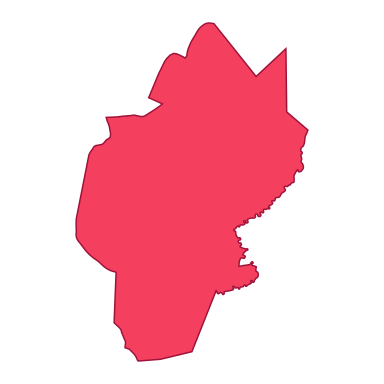 Fraternidad, Ocotepeque, Honduras
{"feature_id": "27666195B9362157023488", "entity_name": "Fraternidad", "entity_type": "district", "adm_level": 2, "iso_a3": "HND", "parent_name": "Honduras", "parent_adm1": "Ocotepeque", "projection": "robinson", "projection_center": [-89.047, 14.583], "detail": "fine", "context": "isolated", "style": "filled", "palette": "rose", "viewbox_px": 384, "rotation_deg": 0, "n_neighbors": 0, "source": "geoboundaries", "source_scale": "gbopen_adm2", "svg_char_len": 6079}
<svg xmlns="http://www.w3.org/2000/svg" viewBox="0 0 384 384"><path d="M121.5,332.2L125.6,342.0L125.0,347.7L129.3,349.2L132.0,351.9L134.3,354.3L135.9,356.6L137.7,360.6L138.6,361.0L160.3,359.3L191.9,351.7L216.1,290.7L216.7,291.5L217.3,293.0L217.9,293.6L218.3,293.7L218.8,293.6L219.2,293.4L219.9,292.7L220.4,292.5L220.9,292.5L221.5,292.7L221.8,293.0L222.1,293.4L222.4,294.0L222.7,294.3L223.0,294.5L223.4,294.5L223.8,294.2L224.1,293.9L224.2,293.4L224.1,292.7L224.1,292.3L224.3,291.9L224.6,291.6L229.7,290.7L231.8,290.2L233.1,289.7L233.4,289.3L233.5,288.7L233.3,288.3L232.8,287.7L232.7,287.2L232.9,286.6L233.3,286.3L233.7,286.3L234.2,286.5L234.4,286.8L234.8,287.6L235.5,288.0L236.2,288.0L237.2,287.5L237.8,287.6L238.2,287.9L238.6,288.8L239.1,289.1L239.4,289.0L239.7,288.7L240.0,287.7L240.4,287.2L241.2,286.9L242.4,286.9L243.2,286.6L243.6,286.2L244.1,285.2L244.5,284.9L244.9,284.9L245.2,285.1L245.4,285.4L245.5,285.9L245.7,286.2L246.1,286.3L246.5,286.2L247.0,285.8L247.8,285.1L248.5,284.5L249.4,284.1L250.5,283.7L251.1,283.3L251.2,282.9L251.2,282.6L250.8,281.9L250.7,281.4L250.8,280.9L251.2,280.6L251.6,280.5L252.1,280.7L252.3,281.1L252.5,281.8L252.8,282.2L253.2,282.3L253.7,282.2L254.2,281.5L254.7,280.0L255.2,279.2L255.9,278.4L257.2,277.5L257.8,276.8L258.1,276.1L258.3,275.3L258.2,274.2L258.0,273.0L257.8,272.5L257.4,272.0L256.1,271.2L255.8,270.5L256.2,266.7L254.4,266.0L252.6,265.6L252.1,265.3L251.9,264.7L252.0,264.2L252.2,263.8L252.8,263.4L253.1,262.9L253.0,262.4L252.6,261.9L252.1,261.8L251.4,262.1L251.0,262.7L250.8,263.5L250.5,263.9L250.2,264.2L249.7,264.5L247.4,265.0L242.7,265.6L240.1,266.3L239.2,266.3L239.0,266.2L239.0,264.6L239.2,262.2L239.6,260.6L240.2,259.0L240.7,258.3L241.5,257.9L242.2,257.9L243.3,258.3L243.7,258.4L244.3,258.2L244.8,257.8L245.0,257.4L245.1,257.0L245.2,256.5L245.0,256.1L244.8,255.7L244.4,255.5L243.6,255.4L243.2,255.2L243.0,254.7L243.0,254.1L243.7,253.1L245.1,251.5L246.2,250.6L247.7,250.0L247.8,249.8L247.9,249.4L247.7,249.1L247.4,248.8L246.0,248.9L245.2,248.8L242.7,248.1L241.2,247.5L240.3,246.9L240.1,246.4L240.2,246.0L240.4,245.8L241.0,245.4L241.4,244.8L241.4,244.4L241.3,243.8L241.1,243.4L240.6,243.0L240.1,242.9L239.4,243.0L238.9,242.8L238.4,242.2L238.3,241.5L238.4,240.8L238.8,240.4L239.3,240.1L240.1,240.0L240.5,239.7L240.7,239.2L240.6,238.6L240.3,238.1L239.9,237.8L239.4,237.7L238.6,237.9L238.1,237.8L237.6,237.5L237.2,237.1L236.5,235.9L236.0,234.7L235.8,233.7L235.8,232.3L235.6,231.6L235.4,231.3L235.1,231.0L234.3,230.9L234.0,230.7L233.8,230.3L233.8,229.9L234.3,229.3L235.3,228.7L235.9,228.2L236.5,227.4L237.0,226.6L237.6,226.0L237.8,226.0L238.1,226.0L238.7,226.8L239.3,226.9L239.6,226.7L239.8,226.4L240.0,225.4L240.1,225.1L240.4,224.9L241.0,224.8L242.0,225.0L242.7,225.0L243.8,224.7L244.6,224.2L244.9,223.7L244.8,223.2L244.6,222.8L243.9,222.3L243.7,221.8L243.8,221.2L244.2,220.7L244.8,220.6L245.3,220.9L245.5,221.3L245.7,222.3L246.2,222.8L246.7,223.0L247.4,222.9L247.8,222.6L248.0,222.0L248.0,221.4L247.6,220.6L247.5,220.1L247.7,219.4L248.1,219.0L249.3,218.5L251.0,218.1L252.0,218.0L253.8,218.1L254.8,217.8L255.2,217.4L255.5,216.8L255.5,216.3L255.3,215.5L255.4,214.9L255.7,214.3L256.2,214.1L256.9,214.2L257.4,214.5L257.6,214.9L257.9,215.9L258.4,216.4L259.2,216.6L260.1,216.4L260.7,215.9L261.0,215.1L260.8,214.5L260.3,213.9L260.1,213.5L260.1,213.1L260.2,212.6L260.6,212.2L261.1,212.0L261.6,212.2L262.1,212.7L262.5,212.8L262.9,212.9L263.3,212.6L263.6,212.2L263.7,211.7L263.6,211.3L263.3,210.7L263.3,210.2L263.4,209.8L263.7,209.5L264.1,209.3L264.6,209.2L265.5,209.5L266.0,209.4L266.5,209.2L267.2,208.7L267.7,208.5L268.1,208.6L268.9,208.9L269.2,208.9L269.6,208.7L269.8,208.3L269.8,207.9L269.5,207.5L269.0,207.4L268.7,207.2L268.5,206.8L268.6,206.4L268.9,206.0L270.2,205.4L271.1,204.9L271.9,204.3L272.5,203.7L272.6,203.3L272.6,202.8L272.4,202.5L272.0,202.1L271.8,201.7L271.8,201.2L272.0,200.9L272.3,200.7L272.6,200.6L273.0,200.6L273.4,200.9L273.8,201.0L274.2,201.0L274.5,200.8L275.0,200.2L275.3,198.7L275.8,198.0L276.7,197.5L277.3,197.4L278.4,197.4L279.3,197.0L280.1,196.1L281.0,194.3L281.8,193.2L282.7,192.5L284.3,191.6L285.2,190.7L285.4,190.1L285.3,189.5L285.1,189.0L284.4,188.4L284.2,187.9L284.2,187.2L284.5,186.7L284.9,186.4L285.4,186.3L285.9,186.3L286.8,186.6L287.6,186.4L288.1,186.0L288.6,185.2L288.8,185.0L289.1,184.9L289.8,185.1L290.2,184.8L290.5,184.5L291.0,183.6L291.7,182.9L292.4,182.6L293.5,182.5L293.8,182.3L294.0,181.8L294.1,180.7L294.1,178.8L293.9,176.6L294.0,175.6L295.5,172.6L296.8,170.5L297.4,169.9L297.8,169.9L298.2,170.2L298.2,171.2L298.5,171.7L298.9,171.8L299.3,171.9L300.1,171.7L301.2,171.1L302.1,170.1L303.2,168.5L303.4,167.6L303.4,166.3L302.9,164.7L302.4,163.6L301.4,162.6L301.1,161.7L301.1,161.0L301.6,159.7L301.7,158.7L301.5,157.6L301.0,156.1L301.0,155.2L301.2,154.5L302.1,153.6L302.2,152.9L302.2,152.5L302.0,152.1L301.2,151.4L300.8,150.9L300.7,150.4L300.8,149.5L301.0,148.5L301.4,147.7L302.0,147.0L303.1,146.2L303.4,145.7L303.8,144.8L304.3,143.2L304.6,141.7L304.9,138.2L305.2,136.6L305.7,135.3L306.5,133.8L307.9,130.1L286.7,111.9L285.9,48.7L256.1,76.5L213.9,23.6L211.3,23.2L208.6,23.0L205.5,23.6L202.1,25.8L199.7,28.0L198.3,29.8L196.6,32.5L194.8,35.8L192.9,38.8L191.2,41.7L190.1,44.1L188.3,48.5L187.5,51.2L187.0,54.0L186.8,55.6L186.0,57.0L185.1,58.1L182.7,56.6L180.0,55.3L176.9,53.9L173.7,53.4L170.0,55.2L167.3,57.9L166.1,59.4L164.5,61.7L158.3,74.5L148.7,97.7L162.4,103.9L159.0,106.6L154.4,109.8L144.5,116.1L142.0,116.6L139.7,116.3L134.0,115.1L129.8,115.7L123.0,116.2L117.4,116.9L106.2,117.4L107.3,121.2L108.4,123.7L109.3,126.4L110.6,134.0L110.2,136.8L110.0,137.5L109.6,137.9L107.0,139.5L106.3,140.0L103.9,142.9L102.7,144.0L101.9,144.4L101.1,144.6L95.8,145.6L95.0,146.0L94.3,146.4L93.4,147.5L92.3,149.4L91.0,151.1L89.7,153.2L88.9,155.0L76.3,218.7L76.1,223.3L76.3,231.8L76.1,233.4L76.1,235.0L76.3,236.6L76.7,238.1L77.3,239.5L78.1,240.8L80.3,243.5L85.6,250.5L89.2,254.4L93.7,258.2L96.0,259.7L98.3,261.4L100.0,262.9L103.3,266.1L106.1,268.2L108.2,269.4L110.6,270.6L112.6,271.3L115.2,271.9L116.1,272.3L114.1,322.8L119.2,327.5L120.7,329.3L121.4,330.9L121.5,332.2Z" fill="#f43f5e" stroke="#9f1239" stroke-width="1.5"/></svg>